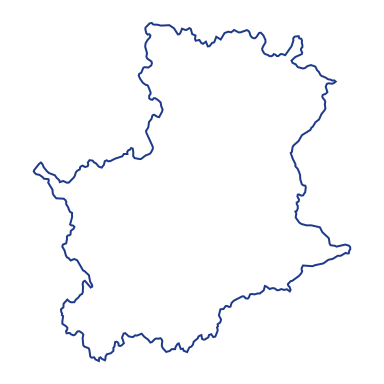 outline of Carlos Chagas, Minas Gerais, Brazil
{"feature_id": "56859067B18228425283518", "entity_name": "Carlos Chagas", "entity_type": "district", "adm_level": 2, "iso_a3": "BRA", "parent_name": "Brazil", "parent_adm1": "Minas Gerais", "projection": "robinson", "projection_center": [-40.857, -17.668], "detail": "fine", "context": "isolated", "style": "outline", "palette": "blue", "viewbox_px": 384, "rotation_deg": 0, "n_neighbors": 0, "source": "geoboundaries", "source_scale": "gbopen_adm2", "svg_char_len": 5851}
<svg xmlns="http://www.w3.org/2000/svg" viewBox="0 0 384 384"><path d="M298.7,36.2L295.2,36.5L294.0,37.2L293.2,38.6L293.4,40.5L291.6,46.1L285.2,55.2L282.2,54.1L280.6,54.1L278.2,56.1L276.8,56.0L275.4,54.7L273.7,54.1L272.9,55.4L271.4,56.2L269.4,56.1L268.1,55.0L265.4,54.2L264.1,53.2L262.5,50.5L262.1,48.9L263.0,46.6L265.5,42.4L265.4,39.8L263.3,35.3L260.8,32.7L259.1,33.0L256.4,37.1L255.0,38.2L253.5,38.2L251.9,37.4L250.5,35.7L249.4,32.2L248.4,30.9L246.8,30.1L240.7,32.3L238.7,32.4L234.1,30.0L231.2,32.3L228.3,31.7L224.6,33.0L220.7,39.5L216.3,36.8L214.2,42.3L212.1,42.9L209.5,46.2L207.8,46.4L205.9,41.7L203.0,43.8L201.4,43.1L199.4,40.0L195.7,40.7L195.0,39.1L195.5,35.5L192.2,34.1L190.8,29.0L189.4,28.1L186.6,29.9L185.2,29.9L182.0,28.7L180.6,32.4L179.4,34.2L177.9,34.4L174.0,28.3L169.4,25.2L161.0,25.6L157.3,24.7L154.4,24.7L153.1,24.4L151.8,23.0L149.6,23.4L145.6,27.5L145.3,29.0L146.3,33.2L147.6,34.6L149.2,34.2L150.4,35.4L150.0,37.3L147.6,39.9L145.6,43.3L145.2,46.8L147.0,53.1L146.4,56.7L147.3,58.6L151.5,61.5L151.9,63.4L151.2,65.5L148.4,67.5L144.5,67.2L143.3,67.8L141.3,72.7L139.3,73.8L138.7,75.5L140.1,78.8L142.9,82.8L145.7,84.8L147.6,85.3L148.5,87.0L150.6,92.4L150.5,94.0L149.2,95.7L149.2,98.3L150.5,99.4L152.4,99.8L153.8,98.2L155.1,98.2L157.7,99.8L160.6,102.4L161.2,106.1L162.6,109.5L162.1,111.6L159.1,117.1L157.4,116.8L154.0,114.7L152.5,115.4L151.4,119.1L149.0,122.0L148.3,127.4L146.0,131.0L146.4,132.8L152.8,146.8L152.8,148.9L151.1,152.3L149.7,153.9L145.5,155.5L141.3,158.8L140.0,159.1L134.6,158.1L133.2,156.1L133.3,151.9L132.7,148.6L131.2,148.0L129.9,149.7L128.3,150.3L127.2,151.9L127.4,154.0L123.8,154.0L122.3,156.3L115.2,158.6L110.5,161.0L108.3,161.3L106.7,160.3L104.8,161.2L103.9,164.8L101.7,167.6L98.9,166.7L95.8,163.2L93.9,162.3L92.6,160.6L89.5,160.2L87.8,162.6L88.3,164.7L87.6,166.3L85.0,167.0L82.6,165.6L81.3,166.2L80.1,167.3L79.8,169.4L77.1,170.8L75.8,172.5L74.7,176.2L73.5,177.8L68.8,182.6L66.8,182.7L63.2,181.0L59.8,182.1L59.3,180.2L56.7,177.9L54.9,175.3L48.9,173.0L46.8,171.1L43.7,167.2L42.3,163.9L40.9,162.5L39.0,164.0L34.4,169.8L33.7,171.2L34.7,172.9L36.2,174.2L39.5,174.9L42.7,177.2L43.9,178.7L48.5,179.2L48.8,180.8L48.2,182.6L52.5,189.8L52.7,193.0L53.5,195.1L56.3,198.3L63.7,198.7L65.3,200.0L66.3,201.8L66.1,204.0L68.1,207.2L69.1,210.1L70.1,211.9L72.0,212.8L72.1,217.1L70.1,224.5L71.2,225.3L73.0,225.5L74.4,226.9L73.8,228.5L70.8,230.9L70.5,234.5L69.4,235.3L67.8,235.5L66.9,236.7L67.0,238.9L66.2,243.3L62.9,244.6L62.3,246.6L64.6,250.6L65.8,255.2L66.9,257.3L68.6,258.1L70.7,260.5L74.2,259.0L77.2,260.3L83.1,270.5L84.4,271.0L88.9,275.2L90.1,281.5L92.1,285.0L92.2,286.6L90.7,287.5L84.9,280.8L83.3,281.7L82.6,284.2L83.0,286.4L82.8,292.1L82.1,294.0L80.2,294.9L78.3,297.6L75.8,299.7L74.3,302.2L71.1,302.3L69.5,301.6L67.3,299.6L63.6,303.7L63.4,307.3L61.0,309.3L61.2,311.8L62.1,313.5L61.9,315.1L63.1,316.1L62.3,321.7L62.4,323.8L66.1,326.3L67.4,327.8L67.2,329.6L66.0,331.2L66.6,333.3L69.8,333.0L71.0,334.3L73.5,335.3L75.1,334.6L77.4,331.5L79.3,331.2L82.4,333.2L83.3,334.7L82.6,338.2L83.3,345.4L84.3,346.5L88.7,348.3L89.3,349.7L90.3,356.5L91.4,357.7L94.2,357.3L95.4,359.4L98.9,361.0L99.3,357.8L100.6,357.4L102.0,358.9L104.9,360.3L105.5,358.7L105.5,356.6L106.8,354.3L110.9,353.2L113.4,350.9L113.4,347.8L114.5,346.4L115.1,342.1L116.4,341.7L117.5,342.2L118.5,343.5L118.6,345.5L120.0,346.0L121.6,345.4L123.9,343.2L122.0,337.5L123.7,333.5L125.3,333.2L128.8,336.4L132.9,337.1L135.2,335.3L136.9,335.6L141.6,333.7L144.3,336.8L148.1,339.6L150.3,342.5L151.9,342.1L154.7,339.2L156.2,338.5L158.9,338.7L160.3,338.2L161.4,339.0L162.3,340.8L161.8,345.8L162.7,348.0L166.2,351.9L169.6,351.0L171.8,349.1L175.1,349.1L175.6,347.0L177.3,344.2L178.7,343.4L180.8,349.0L183.0,348.7L183.6,350.7L187.1,352.1L189.3,347.5L191.4,346.6L193.0,344.5L193.7,341.7L197.9,338.2L198.4,336.6L199.7,335.7L201.4,335.1L202.1,338.9L203.4,339.6L204.9,339.5L208.4,337.3L208.9,335.1L211.2,334.2L213.3,337.1L215.3,336.6L217.4,331.4L217.7,329.6L217.0,327.5L218.0,326.3L217.6,324.3L220.1,322.5L220.7,321.1L221.0,319.4L218.9,315.4L220.4,309.3L223.5,309.0L225.7,306.0L227.4,306.1L229.1,307.0L230.5,306.6L231.5,303.1L233.7,300.8L242.1,296.4L243.9,296.4L245.7,298.3L247.8,298.6L248.9,297.3L250.1,294.3L252.1,294.0L254.4,294.4L258.0,293.4L259.8,293.5L263.7,290.4L264.9,286.0L266.8,286.8L269.6,289.0L272.5,288.1L274.6,288.4L277.1,290.2L278.6,290.2L281.2,289.1L284.2,289.9L286.9,289.3L289.8,291.4L290.6,289.9L289.6,287.0L288.3,285.7L287.8,284.2L290.6,281.2L292.3,280.8L299.0,275.9L301.2,273.4L302.2,271.1L301.6,269.6L301.7,268.1L303.0,265.5L312.5,266.2L315.0,265.2L323.4,263.4L328.4,259.8L332.9,258.8L337.7,255.8L340.7,255.8L345.6,252.9L347.3,253.5L348.8,253.3L349.1,251.2L350.3,249.0L350.1,246.9L348.8,245.6L345.2,244.6L336.5,246.6L334.9,245.8L330.6,245.2L329.7,243.9L328.8,238.2L322.3,232.1L319.9,227.3L311.2,225.3L306.3,225.3L301.5,224.0L299.2,222.5L295.7,217.5L296.3,213.5L295.4,211.5L296.9,210.8L297.8,208.4L297.7,205.7L296.8,204.3L296.7,202.6L298.6,201.5L299.0,199.5L297.4,196.5L297.8,194.6L299.3,194.5L300.9,195.6L303.0,195.4L305.2,192.1L305.8,187.3L305.3,185.7L303.4,185.4L301.8,184.1L300.3,179.3L300.1,175.3L299.3,172.6L297.6,168.7L295.4,166.4L295.4,164.0L292.9,159.1L290.7,153.0L291.9,151.9L292.6,147.0L293.6,145.4L298.6,141.0L301.9,135.2L310.4,129.9L311.2,128.0L313.0,126.4L315.4,122.3L319.1,119.4L321.5,114.0L324.6,110.2L325.4,108.4L324.8,104.0L325.3,102.0L324.8,100.4L322.7,97.8L322.3,96.3L322.8,94.9L325.7,93.8L327.4,92.1L325.7,86.8L326.8,84.0L328.3,83.3L332.3,83.7L334.0,83.0L335.7,81.6L334.3,80.4L332.5,80.6L330.7,79.7L327.9,79.2L325.9,77.7L321.5,75.9L320.4,74.9L318.8,71.8L317.0,70.1L315.7,67.1L314.6,66.2L310.9,65.1L307.5,66.1L305.0,68.0L303.0,68.5L297.8,67.1L295.7,64.3L292.6,62.9L291.5,60.6L295.3,57.0L301.8,54.1L302.2,52.6L300.9,49.9L301.1,48.5L302.4,47.1L302.4,45.2L301.8,42.5L302.0,40.5L301.3,38.8L299.2,38.3L298.7,36.2Z" fill="none" stroke="#1e3a8a" stroke-width="2"/></svg>